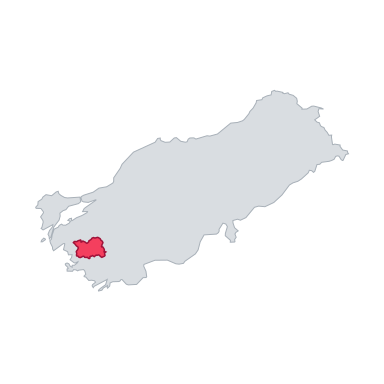 Manisa on a map of Turkey (Natural Earth projection), rotated 333°
{"feature_id": "TUR-2277", "entity_name": "Manisa", "entity_type": "Province", "adm_level": 1, "iso_a3": "TUR", "parent_name": "Turkey", "parent_adm1": "", "projection": "natural_earth1", "projection_center": [28.179, 38.758], "detail": "fine", "context": "in_parent", "style": "filled", "palette": "rose", "viewbox_px": 384, "rotation_deg": 333, "n_neighbors": 0, "source": "natural_earth", "source_scale": "10m", "svg_char_len": 4988}
<svg xmlns="http://www.w3.org/2000/svg" viewBox="0 0 384 384"><g transform="rotate(333 192 192)"><path d="M291.1,139.8L296.2,141.5L297.8,140.2L302.5,140.4L306.6,141.4L308.7,138.6L311.7,138.9L312.3,140.3L313.7,140.8L318.2,144.5L317.7,144.9L318.8,146.3L322.6,147.2L323.0,149.0L326.0,151.8L327.8,156.0L327.0,159.0L325.5,160.9L328.2,167.3L327.5,168.1L332.1,170.2L337.7,169.9L339.6,170.8L345.3,175.8L346.8,177.8L342.9,175.4L340.9,177.5L340.1,182.5L334.1,183.4L335.2,186.6L336.9,188.1L336.6,191.2L337.0,192.4L338.8,194.4L338.7,197.2L339.5,200.1L339.7,203.6L342.3,204.7L341.2,206.3L338.8,213.4L339.1,213.9L340.9,214.1L345.3,217.4L344.6,218.5L345.3,223.0L349.1,226.0L348.6,227.5L348.8,229.0L346.1,228.4L341.0,232.4L340.4,232.3L339.6,230.9L339.2,226.8L337.9,225.8L336.2,225.5L333.4,227.4L330.7,227.3L328.1,226.9L321.0,224.4L318.5,225.3L315.8,224.3L310.8,229.3L309.2,229.7L308.3,227.3L306.4,225.9L304.2,227.7L295.3,230.1L291.2,230.5L286.1,229.7L282.0,230.0L270.8,235.5L260.1,238.5L250.3,238.2L244.9,234.8L240.7,234.0L228.4,239.3L222.3,239.1L220.2,236.9L215.5,236.0L214.5,238.1L213.7,243.1L215.5,247.6L212.8,247.9L211.2,248.9L210.8,252.4L208.4,253.7L207.7,255.8L207.2,255.9L203.3,254.1L204.3,252.5L201.8,246.1L202.9,244.1L207.8,238.9L207.6,235.9L205.4,233.8L199.1,237.6L198.5,239.1L197.1,240.2L194.7,240.6L183.3,235.7L176.7,240.1L171.1,246.4L166.9,248.7L154.2,250.5L152.0,251.7L147.7,250.4L145.1,248.7L139.1,241.5L128.0,236.0L116.3,234.7L115.3,236.1L115.0,241.7L113.2,246.9L112.2,247.4L109.6,246.1L100.7,249.2L93.0,245.8L91.6,244.3L89.9,238.2L88.8,237.8L87.5,238.6L86.2,238.6L80.7,236.0L77.8,235.8L76.0,238.4L73.1,239.4L73.0,238.7L74.2,237.0L69.5,237.3L67.1,238.6L63.8,237.8L64.0,237.1L66.7,236.3L72.9,235.4L76.8,231.4L62.1,231.6L60.6,232.4L60.4,230.3L61.3,229.4L65.1,228.6L64.9,226.9L62.5,225.0L59.9,224.0L58.8,219.6L57.5,218.5L57.6,217.9L60.0,217.1L60.6,213.9L60.2,211.9L55.5,210.2L54.4,210.4L53.2,208.7L51.2,207.4L49.6,208.4L44.8,205.8L45.7,203.9L46.9,204.0L47.1,202.5L46.2,200.0L46.3,198.7L47.3,198.4L48.5,198.6L49.7,200.1L49.8,202.9L51.1,204.6L52.0,202.9L54.1,203.9L58.0,203.0L58.8,202.3L55.9,202.3L54.9,201.7L52.6,197.0L55.0,195.7L56.7,193.4L53.4,191.9L54.1,188.7L51.3,185.1L55.1,180.5L54.9,179.9L53.7,179.6L42.0,181.5L41.9,179.5L42.7,177.7L42.7,173.3L43.2,170.9L45.4,170.2L48.0,166.7L52.3,162.5L56.8,162.6L58.6,161.5L61.2,161.4L62.0,163.0L64.3,164.2L68.4,164.0L70.4,162.9L68.5,160.9L70.8,160.2L72.7,160.7L71.7,162.9L72.2,163.1L77.5,162.5L83.1,163.0L89.2,162.7L90.0,162.0L85.6,159.8L88.4,157.8L89.9,157.5L102.7,155.7L102.8,155.2L94.9,154.2L90.9,151.6L89.8,150.2L90.5,146.7L91.4,145.8L94.2,145.7L103.9,147.3L110.8,146.3L118.3,148.6L125.5,148.1L127.0,147.1L128.7,143.8L138.8,138.3L142.3,135.5L158.0,129.9L181.7,130.9L185.7,128.7L188.2,129.5L187.5,130.9L187.7,132.2L190.6,135.5L194.9,137.4L200.7,135.8L202.8,136.5L205.0,141.7L208.8,144.7L210.5,145.0L212.6,143.2L214.7,142.9L218.3,144.7L219.5,146.6L230.9,148.7L233.3,150.3L241.0,151.9L257.8,148.2L264.1,150.7L269.3,151.5L271.5,151.1L278.2,148.1L280.2,146.5L284.5,145.0L289.6,141.7L291.1,139.8ZM73.1,130.6L72.6,133.0L73.6,135.5L76.0,139.1L78.4,140.8L89.9,145.7L88.3,150.2L85.5,150.8L75.6,148.7L71.6,150.5L68.7,150.1L64.7,150.9L63.6,153.6L60.8,156.7L52.9,160.5L45.7,168.2L43.6,169.1L44.5,166.6L44.5,164.3L47.6,161.6L52.1,159.6L53.2,157.9L42.1,158.2L41.0,155.9L42.2,155.4L45.8,151.2L46.2,149.6L45.8,145.5L50.2,143.1L50.6,142.2L49.9,138.1L45.7,135.8L45.8,134.6L48.8,133.5L50.5,130.7L54.9,130.2L56.9,128.8L60.7,128.1L65.3,131.6L70.9,130.3L73.1,130.6ZM39.8,167.9L36.1,168.5L34.9,167.9L36.1,166.7L39.0,165.8L39.9,167.1L39.8,167.9Z" fill="#d9dde1" stroke="#a8b0b8" stroke-width="1"/><path d="M83.6,187.9L84.4,188.8L84.7,189.0L87.2,189.5L87.7,189.9L88.7,191.4L88.9,191.8L89.0,192.1L88.9,193.4L89.4,194.3L89.7,195.3L89.7,196.6L89.1,197.2L87.8,198.1L87.6,198.5L87.1,199.1L86.7,199.2L86.7,200.0L87.2,200.1L87.6,200.6L87.6,201.0L87.7,201.5L87.8,202.5L87.7,203.5L87.5,204.1L87.1,204.6L86.7,205.0L86.5,205.3L86.9,205.6L87.4,205.6L88.0,206.3L86.5,206.6L85.8,208.0L85.9,208.6L85.7,209.0L85.0,209.4L84.2,209.4L82.0,209.3L81.3,208.2L80.6,206.1L80.1,205.6L79.4,205.4L79.0,205.4L78.4,205.2L78.1,204.8L77.7,204.7L77.1,204.9L75.5,205.2L75.0,204.2L74.4,203.4L73.9,203.6L73.4,203.6L72.6,203.2L71.8,203.2L71.5,203.8L71.1,204.5L70.3,204.7L69.6,204.1L69.5,203.8L69.3,203.1L69.2,202.8L67.9,202.2L66.7,201.5L66.5,200.3L66.0,199.9L65.6,199.8L63.8,199.8L62.7,199.7L61.7,198.9L61.3,197.5L60.9,197.0L60.6,196.9L60.2,196.5L60.3,196.1L60.7,195.3L61.2,194.8L61.5,194.1L61.6,193.4L61.8,192.6L62.7,192.0L63.7,191.6L64.8,190.7L65.3,190.2L65.4,189.2L64.8,188.1L64.5,187.3L64.0,184.9L63.3,183.3L64.6,182.7L65.4,183.0L66.1,183.6L67.2,183.9L68.3,183.7L69.0,183.8L69.7,184.1L69.9,184.1L70.4,184.0L70.7,184.0L71.1,184.7L70.6,185.5L70.4,186.2L71.1,186.5L72.3,186.1L72.6,186.2L72.7,186.5L74.0,188.0L74.8,189.8L75.6,190.0L76.3,189.8L77.0,189.6L77.6,189.3L78.0,188.7L78.7,188.6L79.4,188.6L80.0,188.6L80.6,188.4L82.1,187.7L83.6,187.9Z" fill="#f43f5e" stroke="#9f1239" stroke-width="1.5"/></g></svg>